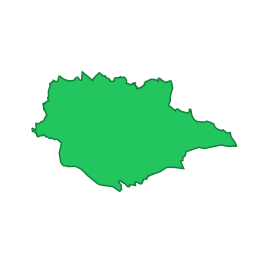 outline of Bebrenes pag., Ilukstes, Latvia, rotated 49°
{"feature_id": "27541924B36563614052180", "entity_name": "Bebrenes pag.", "entity_type": "district", "adm_level": 2, "iso_a3": "LVA", "parent_name": "Latvia", "parent_adm1": "Ilukstes", "projection": "equal_earth", "projection_center": [26.104, 56.053], "detail": "fine", "context": "isolated", "style": "filled", "palette": "green", "viewbox_px": 256, "rotation_deg": 49, "n_neighbors": 0, "source": "geoboundaries", "source_scale": "gbopen_adm2", "svg_char_len": 5550}
<svg xmlns="http://www.w3.org/2000/svg" viewBox="0 0 256 256"><g transform="rotate(49 128 128)"><path d="M67.4,113.4L67.6,118.0L67.9,119.5L67.9,121.4L68.9,123.2L69.0,123.5L55.7,125.7L60.0,130.2L60.7,130.1L61.4,132.1L60.5,132.8L56.4,132.7L55.9,135.4L56.5,136.5L56.6,137.5L54.4,140.7L54.1,141.4L50.1,144.0L45.9,145.4L45.6,145.4L44.8,145.2L44.2,145.4L43.8,146.3L46.6,150.4L46.2,151.3L44.8,152.4L43.2,153.1L44.4,154.0L43.3,154.6L43.6,155.4L43.5,156.5L43.7,157.4L43.9,157.7L43.3,157.9L45.5,159.6L45.7,160.2L46.6,161.7L48.0,163.8L48.7,164.6L50.3,165.7L52.6,168.0L52.4,168.7L55.3,170.2L54.6,171.6L54.9,173.0L54.8,173.3L55.0,173.5L54.7,174.0L54.8,174.5L54.7,174.5L55.0,174.9L54.7,174.9L54.5,175.3L53.9,175.7L53.8,175.9L54.0,176.2L54.3,176.5L55.4,176.6L55.6,177.1L55.6,177.3L55.8,177.5L58.2,178.3L58.3,178.5L58.1,178.8L58.4,179.1L58.9,179.4L59.3,179.4L59.7,179.5L60.3,179.5L60.9,179.4L64.7,180.8L64.9,181.1L65.3,181.2L65.2,182.4L66.0,183.9L66.2,184.9L66.3,185.2L66.7,185.5L67.3,187.1L67.3,187.7L67.0,187.8L66.9,188.4L66.3,189.1L66.4,192.1L64.7,194.1L64.1,194.5L65.5,195.6L66.4,196.1L67.2,196.8L69.1,199.2L68.2,199.2L67.6,199.4L67.1,199.7L65.5,200.3L65.5,200.7L65.6,200.9L66.0,201.2L66.7,201.5L67.5,202.1L68.6,201.9L68.6,201.4L69.2,201.1L71.6,200.9L73.0,200.9L73.2,201.0L73.1,201.4L73.4,201.6L74.1,201.9L75.1,201.9L75.8,201.5L75.8,201.3L75.7,200.9L75.8,200.6L76.0,200.5L76.5,198.9L77.8,197.5L77.8,197.2L77.4,196.7L77.5,196.4L77.7,196.1L78.7,195.9L80.5,195.8L80.5,195.3L84.3,194.0L84.5,193.8L84.9,193.6L84.8,192.7L88.0,191.1L89.1,190.4L89.4,189.4L90.0,189.0L91.5,188.6L94.4,188.2L95.4,187.7L102.1,196.6L105.9,198.8L109.5,201.1L110.5,201.3L111.7,201.2L112.5,201.7L113.1,201.5L113.9,201.5L115.9,199.7L117.9,198.4L121.8,193.6L123.2,192.4L128.2,190.4L129.4,190.3L129.7,190.2L132.5,189.9L137.7,189.7L139.5,189.2L143.3,188.7L145.7,188.2L148.1,187.9L151.3,187.0L154.4,184.9L162.1,178.0L170.5,175.7L169.9,174.0L170.2,173.2L166.2,170.5L164.8,170.7L162.9,170.3L162.8,170.5L162.2,168.6L163.0,168.5L166.3,167.5L166.6,167.6L166.9,167.3L168.0,166.8L172.1,166.7L173.2,165.4L172.2,164.6L172.5,164.5L172.6,164.3L172.5,164.0L172.7,163.9L172.7,163.5L172.8,163.4L172.7,163.0L173.2,162.5L173.8,162.2L174.4,161.3L175.1,161.0L174.9,160.7L176.2,160.1L175.7,159.6L175.4,159.4L174.1,158.9L173.8,158.4L173.6,158.3L173.4,157.9L175.9,156.2L177.0,156.0L177.6,155.5L178.6,155.1L178.9,154.1L178.3,153.3L178.7,152.9L177.8,152.2L177.8,151.8L177.4,151.4L177.6,151.0L177.6,150.0L176.9,149.8L176.8,149.6L176.7,149.2L177.9,148.0L178.7,147.9L178.8,147.5L178.8,147.0L177.2,145.5L177.9,144.6L177.1,143.9L177.9,143.6L178.6,141.2L179.1,140.4L178.5,139.6L179.4,139.1L181.5,133.6L182.0,132.4L181.9,132.0L182.1,131.7L182.5,128.5L182.8,127.1L182.7,126.7L183.6,123.8L185.7,121.6L187.9,119.1L195.2,112.6L187.5,110.1L187.4,109.6L188.6,108.2L188.6,107.9L186.2,106.0L186.3,105.0L186.5,103.3L184.0,99.6L189.0,87.2L193.6,83.8L201.8,69.0L207.8,64.2L209.9,61.5L210.5,60.4L211.0,60.2L211.0,59.8L210.9,59.6L212.3,59.1L212.3,58.9L212.8,58.3L212.7,57.9L211.9,57.5L209.0,56.7L202.4,56.1L198.5,53.9L196.9,56.5L191.6,57.6L191.5,59.2L189.2,60.2L188.9,60.6L187.2,61.3L185.6,61.7L184.4,61.6L183.0,61.5L182.3,60.9L180.8,60.8L176.6,62.8L176.4,63.1L174.4,64.2L174.2,66.0L172.3,68.0L169.8,70.2L168.5,71.7L164.4,72.7L160.3,71.5L155.3,68.5L154.4,68.9L154.2,69.4L156.1,70.8L155.9,70.9L155.7,73.3L152.4,75.5L151.7,76.2L150.9,76.5L150.5,76.9L149.9,77.0L147.9,77.7L147.2,77.7L146.6,77.9L146.0,78.4L145.7,79.6L145.6,80.0L145.7,80.3L146.2,81.0L140.6,81.8L137.4,82.6L135.7,78.9L131.8,75.1L131.3,74.6L128.2,70.0L127.5,68.4L126.7,67.9L126.3,67.4L125.1,67.2L123.2,65.6L120.4,64.8L120.1,65.2L119.5,66.5L119.5,67.1L119.3,67.6L118.7,68.3L118.8,68.8L118.5,69.2L118.5,69.4L118.7,69.8L117.8,70.1L117.4,70.1L116.6,70.5L115.8,70.5L115.2,70.7L114.3,70.8L114.0,71.3L113.7,71.4L113.4,71.7L112.6,71.3L111.5,71.4L111.2,71.8L110.9,72.1L110.9,72.4L110.5,72.6L110.8,73.1L111.4,73.3L111.5,73.4L111.5,73.6L112.2,74.0L111.9,74.4L112.2,74.6L111.6,74.7L111.2,74.9L110.7,75.1L110.0,75.1L109.9,75.5L109.3,76.4L108.6,76.3L108.2,76.6L108.0,76.8L107.7,77.4L106.8,78.0L106.5,78.3L106.1,79.5L106.2,79.9L106.2,80.1L105.7,80.6L105.5,81.0L105.5,81.5L105.7,82.8L105.0,83.2L104.9,83.7L104.4,84.2L104.8,85.0L105.3,85.4L105.3,85.8L105.0,86.1L105.0,86.3L105.4,86.5L105.6,86.8L105.8,86.9L106.0,87.3L106.4,87.3L106.6,87.4L106.7,87.7L105.8,88.9L106.3,89.9L105.9,90.5L106.1,91.1L106.0,91.8L105.8,91.9L105.9,92.1L105.8,92.3L105.9,92.5L105.7,92.6L105.8,92.7L105.6,92.9L105.6,93.0L105.4,93.2L105.1,93.4L105.1,93.5L104.9,93.6L104.8,93.9L105.0,94.3L104.8,94.4L105.0,94.5L104.6,94.5L104.5,95.0L104.1,95.0L103.9,95.4L102.9,94.8L102.8,94.3L102.6,94.4L102.7,94.6L101.7,94.5L101.5,94.8L101.2,94.6L100.9,94.5L100.8,94.4L100.7,94.3L100.8,94.3L100.8,94.2L100.3,94.2L100.2,94.4L100.0,94.2L99.8,94.3L99.4,94.2L99.5,94.1L99.1,93.8L99.3,93.5L99.2,93.4L99.2,93.1L98.6,93.0L98.4,93.3L98.5,93.5L98.3,93.5L98.0,93.8L98.5,94.1L98.4,94.3L98.8,94.3L98.9,94.5L98.5,94.7L98.6,94.8L98.5,95.1L97.8,95.0L97.8,95.3L97.3,95.5L97.2,95.8L97.6,96.2L97.1,97.8L94.1,98.9L93.5,99.9L93.4,100.0L93.2,100.0L92.9,99.7L91.4,98.1L91.2,97.9L89.8,97.6L89.6,97.7L89.2,97.4L88.6,97.6L88.4,97.6L88.3,97.4L88.0,97.4L87.5,97.7L87.0,97.7L86.9,97.9L87.0,98.0L86.7,98.2L86.9,98.4L86.6,98.6L86.5,98.9L86.0,99.1L85.6,99.7L85.3,99.9L84.4,100.0L84.1,100.1L84.5,101.6L84.3,101.9L82.9,102.9L82.8,103.5L82.2,104.6L81.8,104.7L81.8,106.1L82.4,106.7L82.9,107.0L83.5,107.1L83.5,107.4L82.7,109.0L81.6,110.4L78.6,110.0L75.1,111.6L74.0,111.0L73.5,111.1L72.2,112.6L69.8,112.9L67.4,113.4Z" fill="#22c55e" stroke="#15803d" stroke-width="1.5"/></g></svg>